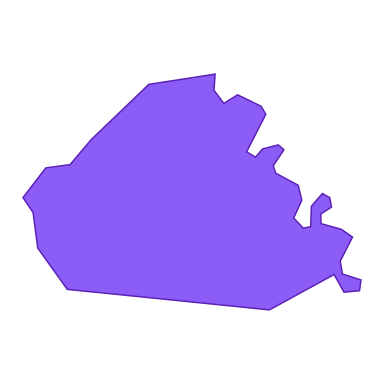 Henry, Kentucky, United States of America
{"feature_id": "52423323B56521650356129", "entity_name": "Henry", "entity_type": "district", "adm_level": 2, "iso_a3": "USA", "parent_name": "United States of America", "parent_adm1": "Kentucky", "projection": "orthographic", "projection_center": [-85.03, 38.466], "detail": "fine", "context": "isolated", "style": "filled", "palette": "violet", "viewbox_px": 384, "rotation_deg": 0, "n_neighbors": 0, "source": "geoboundaries", "source_scale": "gbopen_adm2", "svg_char_len": 624}
<svg xmlns="http://www.w3.org/2000/svg" viewBox="0 0 384 384"><path d="M45.8,167.9L23.0,197.6L33.1,212.6L37.7,248.0L67.3,289.4L269.4,309.9L334.1,274.5L344.0,292.2L359.5,290.7L361.0,280.0L342.5,274.0L340.2,261.2L352.5,237.1L341.4,229.3L321.0,223.6L320.8,214.0L331.5,207.1L329.8,197.7L322.4,193.5L311.4,206.2L310.7,226.7L303.2,228.1L293.7,218.0L301.8,200.3L298.2,185.3L275.7,173.2L273.3,165.7L283.9,149.8L278.3,144.9L262.6,148.9L255.5,157.2L246.6,151.8L265.8,114.4L261.2,106.3L237.6,94.8L223.8,103.4L214.0,90.3L215.1,74.1L148.9,84.3L91.2,139.6L70.1,164.6L45.8,167.9Z" fill="#8b5cf6" stroke="#5b21b6" stroke-width="1.5"/></svg>